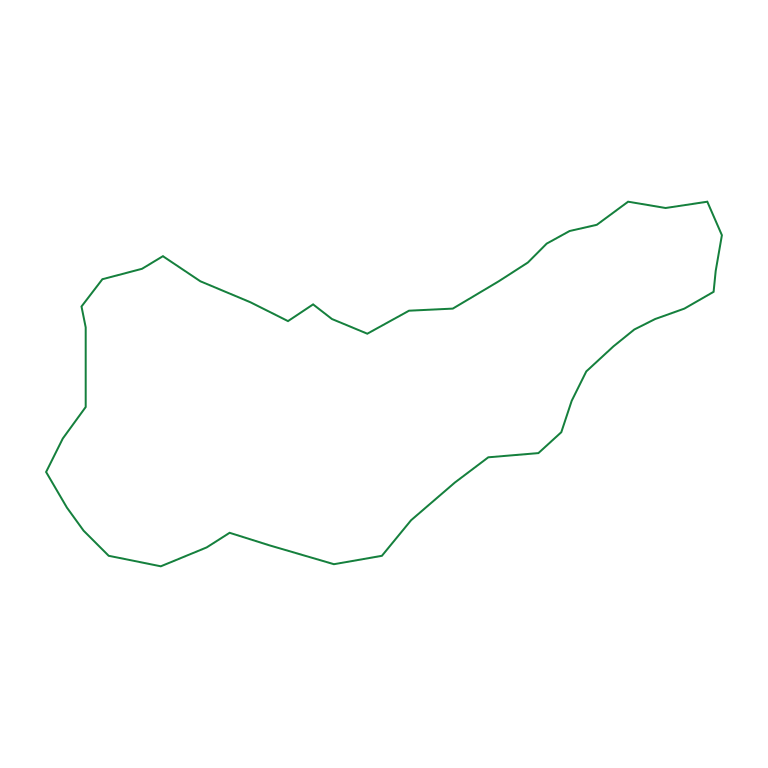 Flasou, Nicosia, Cyprus (Mercator projection)
{"feature_id": "46923920B19169275962284", "entity_name": "Flasou", "entity_type": "district", "adm_level": 2, "iso_a3": "CYP", "parent_name": "Cyprus", "parent_adm1": "Nicosia", "projection": "mercator", "projection_center": [32.902, 35.063], "detail": "fine", "context": "isolated", "style": "outline", "palette": "green", "viewbox_px": 768, "rotation_deg": 0, "n_neighbors": 0, "source": "geoboundaries", "source_scale": "gbopen_adm2", "svg_char_len": 707}
<svg xmlns="http://www.w3.org/2000/svg" viewBox="0 0 768 768"><path d="M162.9,256.2L142.0,268.8L102.4,279.2L81.5,306.5L85.7,327.4L85.7,371.4L85.7,407.0L62.8,438.5L46.1,472.0L66.9,507.6L83.6,530.7L108.7,555.8L160.8,566.3L206.7,547.4L229.6,532.8L269.3,545.3L333.9,564.2L381.9,555.8L411.1,520.2L454.9,482.5L488.3,457.3L538.4,453.1L561.3,432.2L571.7,400.8L586.3,371.4L613.5,346.3L634.3,329.5L655.2,319.0L684.4,308.6L713.6,291.8L715.7,270.9L721.9,235.2L707.3,201.7L665.6,208.0L628.1,201.7L596.8,224.8L569.6,231.0L546.7,243.6L527.9,262.5L498.7,281.3L452.8,308.6L409.0,310.7L367.3,333.7L331.9,319.0L313.1,304.4L288.0,321.1L250.5,302.3L200.4,281.3L162.9,256.2Z" fill="none" stroke="#15803d" stroke-width="2"/></svg>